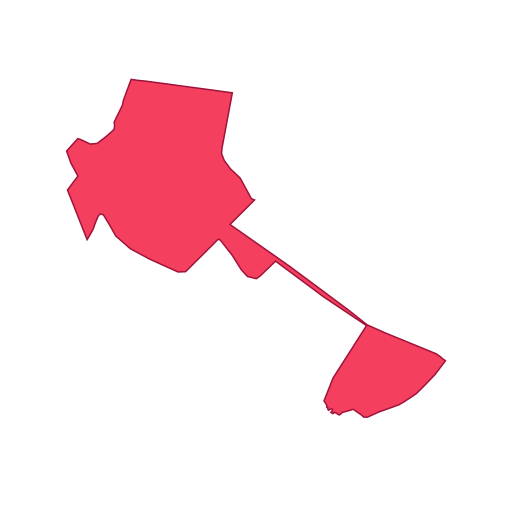 Al Galabat Al Gharbyah - Kassab, Gedarif, Sudan (Natural Earth projection), rotated 313°
{"feature_id": "16777658B97978388224054", "entity_name": "Al Galabat Al Gharbyah - Kassab", "entity_type": "district", "adm_level": 2, "iso_a3": "SDN", "parent_name": "Sudan", "parent_adm1": "Gedarif", "projection": "natural_earth1", "projection_center": [35.305, 13.365], "detail": "fine", "context": "isolated", "style": "filled", "palette": "rose", "viewbox_px": 512, "rotation_deg": 313, "n_neighbors": 0, "source": "geoboundaries", "source_scale": "gbopen_adm2", "svg_char_len": 1514}
<svg xmlns="http://www.w3.org/2000/svg" viewBox="0 0 512 512"><g transform="rotate(313 256 256)"><path d="M308.6,466.0L308.6,465.9L308.1,462.1L308.2,460.5L307.4,454.6L290.2,409.1L287.7,402.5L281.4,384.1L279.6,361.3L276.9,336.8L271.5,288.7L269.5,274.0L261.3,215.5L296.0,216.7L294.8,213.5L302.2,191.2L302.3,184.0L302.3,178.0L304.2,167.6L307.3,161.1L311.5,157.7L359.2,127.4L308.4,55.7L304.8,51.0L303.5,49.3L302.5,47.8L300.0,44.2L279.3,52.9L275.6,55.3L269.8,57.1L268.9,57.4L257.0,61.0L255.4,63.2L251.9,65.9L243.1,65.1L239.2,64.6L229.9,63.0L224.9,58.5L221.5,48.1L220.3,45.6L203.6,45.9L197.7,57.3L193.0,71.3L184.9,72.1L175.7,73.1L174.3,76.0L168.8,87.7L152.8,121.3L154.8,120.9L161.0,119.5L164.8,118.5L170.2,116.1L176.9,113.6L179.0,113.3L180.9,113.7L182.0,116.5L178.7,128.2L175.0,139.8L175.6,159.1L181.0,179.8L184.1,189.0L185.0,191.7L191.1,209.8L196.5,215.2L238.9,216.8L240.8,216.7L242.7,217.3L243.2,218.4L243.2,219.7L240.3,238.1L235.9,254.6L235.2,263.7L239.6,271.7L244.6,272.7L265.6,273.8L272.3,333.9L280.4,384.0L280.5,384.3L219.2,395.6L196.3,404.6L196.0,406.7L194.8,410.1L193.7,410.8L194.0,412.2L192.8,413.1L192.8,414.4L194.4,414.7L195.9,415.6L195.9,416.7L195.0,417.2L192.7,417.4L193.1,419.7L194.0,420.0L195.0,419.8L195.9,422.0L196.1,424.1L196.6,425.3L197.7,425.7L199.1,425.7L200.8,426.0L201.5,426.5L207.9,430.4L209.6,431.1L210.3,432.3L211.7,442.1L211.6,444.7L214.3,447.5L225.6,452.2L244.6,462.0L250.2,463.7L264.6,467.1L273.6,467.5L291.2,467.8L308.6,466.0Z" fill="#f43f5e" stroke="#9f1239" stroke-width="1.5"/></g></svg>